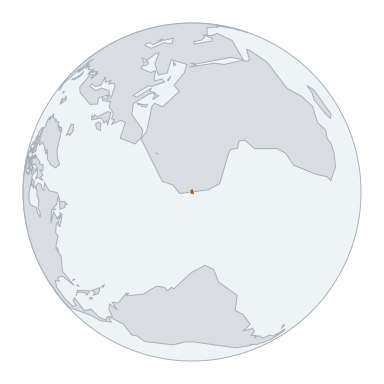 globe centered on Tombali, rotated 299°
{"feature_id": "GNB-778", "entity_name": "Tombali", "entity_type": "Region", "adm_level": 1, "iso_a3": "GNB", "parent_name": "Guinea-Bissau", "parent_adm1": "", "projection": "orthographic", "projection_center": [-15.06, 11.313], "detail": "coarse", "context": "on_globe", "style": "filled", "palette": "amber", "viewbox_px": 384, "rotation_deg": 299, "n_neighbors": 0, "source": "natural_earth", "source_scale": "10m", "svg_char_len": 8787}
<svg xmlns="http://www.w3.org/2000/svg" viewBox="0 0 384 384"><g transform="rotate(299 192 192)"><circle cx="192" cy="192" r="169" fill="#eef3f6" stroke="#a8b0b8"/><path d="M39.3,119.7L37.1,124.4L37.7,123.2L39.3,119.7ZM140.1,31.2L140.1,31.5L127.2,38.2L130.6,37.0L127.9,39.6L130.8,39.3L127.6,41.2L132.7,39.5L135.1,37.9L138.2,36.8L140.1,36.7L136.3,38.8L134.8,39.1L134.7,39.7L132.0,40.9L134.4,40.3L129.6,43.2L137.2,40.2L135.8,42.6L131.8,44.5L128.6,44.4L111.3,50.3L106.3,53.1L102.5,56.9L103.0,63.4L99.0,66.9L96.2,71.7L100.0,69.4L103.6,65.0L110.1,62.5L113.7,58.0L116.9,56.5L122.0,52.3L125.2,53.1L125.4,56.3L121.3,60.0L121.3,61.8L128.4,58.7L123.8,66.7L126.1,74.2L124.5,76.6L115.6,79.6L107.6,77.9L96.1,83.9L107.5,80.4L103.3,87.3L104.2,88.8L106.7,88.9L109.9,86.7L109.3,89.4L97.8,93.2L98.2,90.8L101.8,89.4L98.0,88.9L90.2,92.5L88.7,96.2L78.6,99.2L77.3,102.1L74.5,104.6L77.1,99.7L72.2,108.9L60.0,117.0L53.1,134.0L55.6,119.8L53.9,117.3L51.2,116.4L49.9,119.1L48.1,115.5L43.3,119.7L37.1,132.6L34.1,143.5L36.6,145.8L39.5,140.5L42.5,140.7L35.9,155.5L40.5,160.2L37.5,171.9L38.2,178.8L41.6,178.4L44.8,182.6L48.6,176.5L54.1,174.1L52.7,183.9L56.9,175.7L59.1,181.2L70.9,183.5L69.6,185.5L79.4,199.2L92.3,206.5L95.3,214.1L93.6,218.3L98.6,220.3L98.7,223.2L120.9,230.3L134.0,238.7L134.7,248.7L126.1,259.0L123.6,281.6L109.4,287.1L109.5,295.7L104.7,306.9L95.7,304.4L102.1,311.3L100.1,314.2L95.3,313.4L97.7,317.6L94.3,316.9L98.9,320.3L98.5,324.5L104.5,329.3L105.4,332.6L109.5,335.3L108.0,334.9L107.7,335.4L109.4,336.7L102.5,333.2L94.8,327.2L93.0,324.7L91.0,323.6L86.6,316.8L86.2,317.8L77.1,305.9L73.2,296.3L61.6,265.8L57.7,258.9L49.1,249.5L38.3,223.0L39.4,213.8L37.8,208.6L43.1,196.4L42.9,182.9L41.4,180.4L39.1,184.6L35.0,174.3L35.2,163.6L31.6,140.9L33.2,135.2L36.2,127.4L44.3,110.0L50.9,99.1L58.2,88.8L66.4,79.0L75.2,69.9L84.7,61.5L94.8,53.8L105.5,46.9L116.6,40.8L128.2,35.6L140.1,31.2ZM50.5,139.6L56.0,150.5L50.8,150.0L52.2,148.8L51.2,144.7L48.7,140.3L44.8,140.8L50.5,139.6ZM57.7,131.4L56.5,130.3L57.9,130.7L57.7,131.4ZM120.0,52.2L121.0,52.2L119.5,53.0L120.0,52.2ZM121.3,50.4L118.8,51.3L119.1,50.6L120.6,50.1L121.3,50.4ZM124.2,49.6L119.8,49.3L120.3,48.2L126.4,45.4L124.2,49.6ZM135.0,37.5L132.6,39.1L132.8,38.0L135.0,37.5ZM134.4,37.1L130.8,36.1L135.4,33.9L135.7,34.5L140.2,32.2L144.2,31.6L142.7,32.8L138.9,34.2L143.3,33.0L134.4,37.1ZM139.4,36.3L138.3,36.1L142.2,34.1L145.2,34.2L142.9,34.8L139.4,36.3ZM139.4,32.1L142.9,30.9L147.1,30.0L149.0,29.5L144.7,31.5L139.4,32.1ZM143.0,35.1L146.6,34.3L146.5,35.2L140.8,36.3L143.0,35.1ZM141.9,33.7L143.9,32.9L143.8,33.3L141.9,33.7ZM148.3,38.4L146.8,37.9L148.7,36.8L148.3,38.4ZM147.9,33.9L147.9,33.7L148.5,33.3L150.8,33.0L147.9,33.9ZM148.0,30.8L149.0,30.9L149.9,30.0L153.1,29.5L149.7,31.0L152.5,30.2L153.5,30.1L149.6,31.5L148.0,30.8ZM154.9,31.5L151.6,33.8L153.9,34.8L152.2,35.7L148.9,34.0L154.9,31.5ZM152.1,31.4L153.4,31.6L150.7,32.5L148.2,32.8L152.1,31.4ZM156.5,28.8L152.5,29.0L153.4,28.7L156.5,28.8ZM156.0,31.6L156.8,31.1L156.5,31.6L156.0,31.6ZM157.0,29.4L155.4,29.4L156.5,29.1L157.0,29.4ZM159.6,30.2L158.5,30.8L156.8,31.0L159.6,30.2ZM158.8,29.6L160.6,29.2L156.8,30.7L158.0,29.7L158.8,29.6ZM158.2,29.0L158.3,28.8L158.7,29.1L158.2,29.0ZM166.9,29.4L162.5,31.2L158.6,31.5L163.4,29.6L166.9,29.4ZM115.7,340.0L104.0,334.2L109.8,337.0L109.5,335.6L117.2,339.5L115.7,340.0ZM116.7,336.5L119.0,336.0L120.8,336.9L119.6,337.4L116.7,336.5ZM358.6,163.8L354.4,147.1L349.2,132.9L349.4,135.4L342.9,125.3L337.1,129.0L334.6,125.7L333.9,128.4L329.1,126.2L324.6,120.8L322.4,122.2L333.9,136.5L336.0,135.1L335.5,127.8L338.4,133.4L342.9,137.1L344.0,153.6L332.6,172.6L328.8,161.1L305.7,133.0L304.8,129.3L304.6,129.0L304.2,128.3L304.9,134.4L300.0,129.0L315.3,148.9L319.1,158.2L332.5,173.4L331.9,175.6L335.4,178.4L343.2,170.6L343.8,174.6L341.9,194.9L328.7,224.8L328.9,241.4L325.2,256.1L313.5,268.2L311.0,278.9L304.5,284.0L301.7,290.3L294.5,297.7L283.7,305.3L269.1,307.9L270.9,302.5L267.8,292.9L264.7,267.9L271.3,255.0L271.2,245.5L260.3,225.5L262.9,213.1L259.3,208.5L252.3,210.6L247.7,205.0L243.2,205.3L212.8,212.2L201.8,205.1L184.7,181.9L189.0,172.0L186.8,161.0L213.8,121.7L222.8,123.0L247.8,115.4L251.6,116.3L252.2,124.8L273.9,132.2L276.6,124.5L292.7,127.5L301.1,125.5L297.7,109.8L283.9,112.6L278.0,105.9L286.1,97.4L297.6,95.8L295.7,93.2L285.4,88.8L285.0,83.5L281.5,87.0L285.2,89.2L283.1,91.7L279.6,89.9L279.6,87.9L275.3,87.5L276.4,97.8L280.3,101.2L270.8,105.0L276.4,111.2L274.9,114.8L265.0,105.8L263.6,102.1L247.7,93.7L248.3,97.8L263.3,106.2L260.0,105.9L260.9,112.4L257.6,107.3L241.0,97.8L230.5,101.9L222.3,119.0L215.0,121.2L206.5,119.0L204.2,103.1L220.7,100.0L220.1,95.1L212.3,89.1L218.0,88.9L216.8,86.3L222.6,85.2L226.3,78.3L231.5,76.9L228.7,69.4L231.0,67.9L232.0,72.6L235.5,75.5L248.0,73.1L249.1,71.2L246.3,66.7L250.1,67.0L245.8,63.0L250.8,60.4L241.0,60.5L237.4,56.1L238.1,52.3L235.2,51.1L234.0,57.5L235.2,60.1L238.9,62.1L240.4,70.3L237.1,72.3L228.8,64.5L223.2,66.8L219.2,60.4L224.8,45.9L229.3,43.0L245.8,46.1L247.2,48.7L242.0,48.7L250.7,52.3L248.1,50.2L251.3,50.7L248.7,47.3L250.8,47.5L244.6,44.1L246.9,44.0L250.8,46.2L248.8,41.8L252.4,41.3L250.9,40.2L248.4,39.3L254.6,39.7L253.3,38.9L250.7,38.5L246.4,36.9L241.1,34.4L243.6,34.6L245.8,35.5L254.2,38.2L259.7,41.1L260.2,41.0L255.9,38.6L245.7,35.3L241.9,33.8L246.6,34.9L244.6,34.4L243.4,33.7L244.6,33.5L239.3,32.1L223.4,26.7L224.0,26.2L230.0,27.5L225.3,26.4L236.9,29.1L248.4,32.7L259.5,37.1L270.3,42.3L280.7,48.2L290.7,54.8L300.1,62.2L309.1,70.2L317.4,78.8L325.1,87.9L332.1,97.6L338.5,107.8L344.1,118.4L348.9,129.3L352.9,140.6L356.2,152.1L358.6,163.8ZM208.5,140.9L208.7,144.2L208.7,144.3L208.5,140.9ZM312.6,102.4L317.6,101.3L310.4,93.0L311.8,92.1L308.8,89.8L309.9,92.4L302.0,86.2L302.3,83.0L299.2,79.6L297.4,79.8L298.0,86.8L309.3,95.4L310.2,99.5L312.6,102.4ZM71.4,183.4L72.6,185.6L70.6,185.3L71.4,183.4ZM49.0,153.8L50.7,154.5L51.2,156.3L49.7,156.4L49.0,153.8ZM65.7,158.7L68.1,160.2L65.1,160.3L65.7,158.7ZM57.1,152.0L63.7,157.9L57.9,159.4L54.0,155.9L57.3,155.9L57.1,152.0ZM54.7,136.6L55.5,137.7L54.5,139.3L54.7,136.6ZM58.7,131.8L58.2,131.8L58.2,130.2L58.7,131.8ZM103.9,87.0L104.8,86.8L106.9,87.5L105.0,88.4L103.9,87.0ZM122.0,85.0L120.6,89.4L120.2,86.6L117.2,88.3L112.8,85.0L123.5,77.7L119.4,81.4L122.0,85.0ZM109.8,79.1L111.4,81.6L109.2,79.2L109.8,79.1ZM204.6,74.9L208.0,76.0L207.9,79.0L201.3,82.2L201.3,77.6L204.6,74.9ZM212.9,77.0L206.5,69.2L210.4,67.4L209.3,69.6L212.5,69.2L211.6,72.8L221.5,79.4L222.0,82.6L209.5,85.7L213.3,82.7L209.7,81.6L212.9,77.0ZM183.5,56.8L180.8,54.6L192.6,53.4L193.8,55.6L187.3,58.5L182.1,57.6L183.5,56.8ZM135.8,45.3L134.0,45.5L135.0,44.7L137.4,44.1L135.8,45.3ZM147.5,38.3L144.7,44.4L142.6,44.7L143.6,48.6L138.2,51.1L137.7,48.4L134.4,53.5L131.7,52.1L130.1,55.6L129.6,49.4L127.1,48.7L131.9,48.4L136.9,46.0L138.3,44.8L140.5,41.1L137.7,39.0L142.2,36.8L146.1,35.8L147.5,35.9L144.1,37.2L148.4,36.5L144.6,38.6L147.5,38.3ZM189.8,31.8L185.4,32.2L193.3,33.2L189.5,34.4L190.7,34.5L189.3,35.9L189.7,38.0L187.5,38.4L188.6,39.1L187.8,40.3L188.6,41.5L184.8,42.7L185.5,44.3L183.3,44.1L185.5,46.6L182.2,45.3L180.8,47.1L184.7,47.4L162.6,53.8L155.9,58.3L152.0,62.9L146.9,60.8L147.3,55.4L150.9,49.3L158.1,45.6L154.5,45.6L156.8,43.9L158.7,44.6L157.3,42.6L159.7,41.6L162.9,37.6L159.3,36.0L160.4,34.7L163.0,34.8L162.2,33.5L168.0,33.0L168.9,32.2L175.4,31.2L179.9,32.3L180.6,31.3L185.6,30.8L189.8,31.8ZM168.8,29.1L175.2,29.6L176.2,30.6L164.4,32.1L162.8,32.9L155.3,34.4L153.9,33.0L156.2,32.6L158.1,32.0L157.8,32.7L159.4,31.7L162.6,31.3L164.8,30.5L166.3,30.8L168.8,29.1ZM253.6,112.8L256.1,112.8L259.5,111.9L260.1,116.2L253.6,112.8ZM242.3,106.4L244.2,105.6L246.8,110.7L244.2,110.9L242.3,106.4ZM243.1,101.1L244.2,105.1L242.1,103.1L243.1,101.1ZM233.6,71.8L235.4,70.9L236.4,71.8L236.4,73.6L233.6,71.8ZM212.5,37.1L209.8,36.7L209.8,36.2L205.1,34.4L207.5,33.7L211.3,34.5L212.5,37.1ZM296.6,112.8L295.5,116.2L293.6,115.1L294.4,114.1L296.6,112.8ZM277.9,116.3L283.2,117.4L278.0,117.5L277.9,116.3ZM214.4,36.0L212.2,35.3L214.7,35.4L214.4,36.0ZM209.0,33.1L211.7,33.0L207.2,33.4L209.0,33.1ZM340.4,248.8L327.5,275.9L323.4,277.4L325.3,270.4L331.8,254.4L337.4,248.4L340.8,240.6L340.4,248.8ZM231.9,32.0L235.8,35.0L240.2,37.5L245.2,38.9L239.8,38.5L233.1,34.7L231.9,32.0ZM224.2,27.1L219.8,26.4L220.5,26.2L221.6,26.4L224.2,27.1ZM222.4,27.0L219.2,27.1L216.0,26.4L219.1,26.4L222.4,27.0ZM217.1,30.6L218.0,31.5L215.9,31.3L217.1,30.6Z" fill="#d9dde1" stroke="#a8b0b8" stroke-width="1"/><path d="M193.8,191.3L193.6,191.4L193.2,191.4L193.0,191.5L192.7,191.9L192.6,192.3L192.3,192.8L192.1,193.0L191.9,193.1L192.0,192.9L191.9,193.0L191.9,192.8L192.0,192.6L192.1,192.4L191.9,192.4L191.9,192.5L191.5,192.9L191.4,192.8L191.6,192.7L191.6,192.2L191.5,192.3L191.5,192.6L191.1,192.5L191.1,192.4L191.0,192.1L190.9,192.0L191.1,191.8L191.6,191.5L191.9,191.7L192.3,191.6L192.7,190.9L192.8,191.1L193.1,191.0L193.6,191.0L193.8,191.3Z" fill="#f59e0b" stroke="#b45309" stroke-width="1.5"/></g></svg>